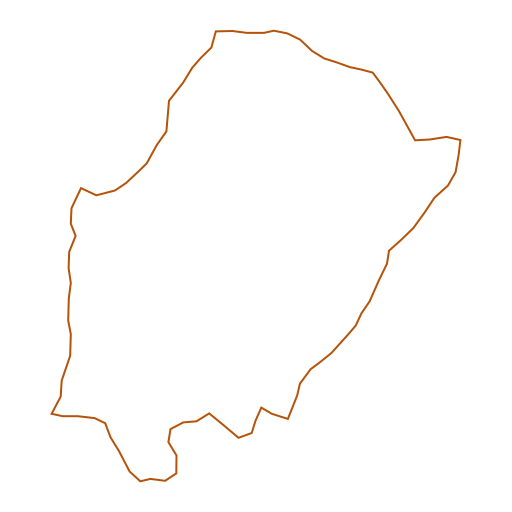 Balbinos, São Paulo, Brazil
{"feature_id": "56859067B19788452853762", "entity_name": "Balbinos", "entity_type": "district", "adm_level": 2, "iso_a3": "BRA", "parent_name": "Brazil", "parent_adm1": "São Paulo", "projection": "robinson", "projection_center": [-49.333, -21.895], "detail": "fine", "context": "isolated", "style": "outline", "palette": "amber", "viewbox_px": 512, "rotation_deg": 0, "n_neighbors": 0, "source": "geoboundaries", "source_scale": "gbopen_adm2", "svg_char_len": 1170}
<svg xmlns="http://www.w3.org/2000/svg" viewBox="0 0 512 512"><path d="M398.8,110.8L387.0,92.4L379.1,81.2L372.7,72.6L361.1,69.5L349.8,67.1L335.5,62.0L324.3,58.5L312.1,51.0L300.1,39.6L287.3,33.4L273.9,30.7L263.9,32.9L247.0,32.9L232.5,31.0L215.8,31.4L211.4,47.5L200.7,58.0L192.2,67.8L183.3,82.4L169.0,100.8L166.4,131.4L156.8,145.0L146.7,163.4L138.6,171.3L126.0,183.1L114.9,190.5L96.3,195.3L81.0,188.1L71.5,208.2L70.8,223.7L75.6,235.9L69.2,251.9L68.6,268.0L70.8,283.0L68.8,298.3L68.2,320.6L70.8,334.2L70.2,355.7L61.7,380.6L60.7,396.6L51.6,413.8L62.8,416.2L77.7,416.2L94.6,418.1L105.2,423.2L110.5,437.3L119.0,451.1L129.6,471.5L140.3,481.3L150.4,478.9L165.1,480.8L176.3,473.4L176.5,455.5L168.4,442.1L170.5,429.1L183.3,422.4L196.5,421.3L209.2,413.4L222.6,424.4L238.5,437.8L251.7,433.0L255.5,420.8L261.3,407.6L271.8,413.8L287.9,418.9L297.2,395.4L299.9,383.7L310.7,369.1L319.1,362.9L331.3,353.1L347.9,334.7L355.7,325.6L361.5,313.2L369.6,301.4L379.1,279.9L387.0,263.7L389.0,250.7L400.8,240.2L413.4,228.0L424.6,212.5L434.3,197.9L448.0,185.5L455.6,172.1L458.7,154.4L460.4,140.0L446.5,136.9L430.0,139.5L415.1,140.3L398.8,110.8Z" fill="none" stroke="#b45309" stroke-width="2"/></svg>